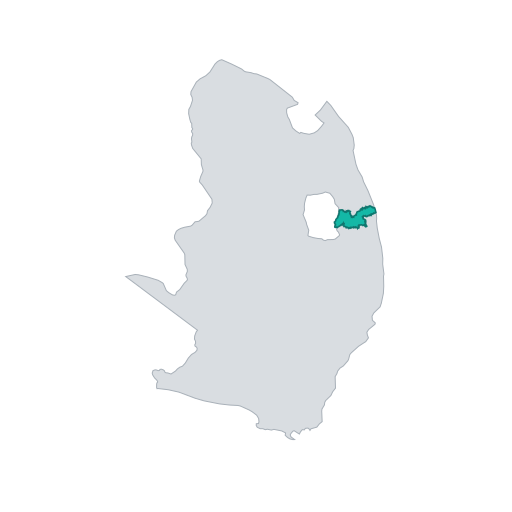 Alfred Nzo, Eastern Cape, South Africa shown in context, rotated 308°
{"feature_id": "47623444B30321887561170", "entity_name": "Alfred Nzo", "entity_type": "district", "adm_level": 2, "iso_a3": "ZAF", "parent_name": "South Africa", "parent_adm1": "Eastern Cape", "projection": "natural_earth1", "projection_center": [29.551, -30.65], "detail": "fine", "context": "in_parent", "style": "filled", "palette": "teal", "viewbox_px": 512, "rotation_deg": 308, "n_neighbors": 0, "source": "geoboundaries", "source_scale": "gbopen_adm2", "svg_char_len": 9438}
<svg xmlns="http://www.w3.org/2000/svg" viewBox="0 0 512 512"><g transform="rotate(308 256 256)"><path d="M345.5,103.6L356.4,101.9L361.3,102.9L367.2,105.5L372.7,106.4L382.0,105.5L385.2,105.9L387.7,106.8L389.6,108.2L392.2,118.5L394.5,129.6L394.4,133.1L394.8,134.5L397.4,139.2L398.4,142.1L399.9,144.5L403.2,156.3L403.6,158.3L403.5,186.9L402.1,190.3L402.7,194.8L401.1,195.4L391.9,189.7L390.3,189.9L387.7,192.0L385.2,195.4L384.1,198.2L379.4,205.9L379.1,210.8L379.5,215.0L381.0,215.2L382.1,218.2L384.7,223.0L388.9,226.1L392.8,227.4L398.4,227.8L402.7,227.7L402.5,224.5L403.5,215.8L410.8,216.9L421.5,216.6L420.7,222.2L416.8,235.1L414.2,249.5L410.9,256.8L409.1,259.8L403.9,265.1L401.1,266.9L398.9,267.5L389.9,278.2L386.6,283.4L383.6,291.0L380.7,295.1L376.4,304.0L368.8,317.1L362.5,325.7L359.7,328.1L357.8,329.3L352.7,334.3L345.7,342.3L340.3,349.4L332.2,357.4L327.5,360.9L320.6,367.9L318.6,368.9L310.8,375.3L305.1,379.3L296.0,383.8L292.3,385.1L283.6,383.9L280.0,384.5L277.0,387.3L276.7,391.2L275.5,391.8L267.5,390.0L264.2,390.3L262.3,392.4L260.7,395.0L256.2,395.2L248.0,392.4L238.4,390.7L236.1,390.6L231.5,392.6L229.9,392.9L223.1,392.5L219.3,391.2L215.7,391.2L213.0,392.2L209.7,392.6L200.8,400.0L196.2,400.0L192.2,400.9L185.0,399.9L182.9,400.3L180.8,401.6L176.0,402.2L174.2,403.3L166.2,410.1L162.8,409.3L158.6,409.3L153.7,405.7L151.8,405.9L152.3,404.8L152.4,402.9L150.6,401.0L148.7,401.1L147.7,399.4L144.8,399.3L142.4,399.8L141.8,393.6L140.6,392.9L137.7,392.8L136.3,393.0L135.7,393.6L135.0,395.0L135.1,399.4L134.0,398.1L132.8,395.5L132.4,392.7L132.7,389.4L134.8,388.2L134.0,384.0L130.4,376.8L128.3,375.3L126.5,371.6L124.9,370.3L124.1,367.7L122.5,365.6L121.8,362.4L122.6,360.5L124.0,359.5L125.5,361.1L127.2,360.4L129.6,358.1L131.0,354.5L130.9,348.8L130.4,345.2L128.1,335.9L127.1,333.8L122.4,327.1L117.0,318.3L109.9,304.3L106.5,295.8L101.2,278.9L96.6,269.2L91.2,260.3L90.5,259.7L91.2,258.6L94.0,256.5L95.2,256.0L95.9,256.2L96.6,255.7L97.1,254.3L97.5,251.1L98.7,247.8L99.8,246.3L102.3,245.4L104.2,246.6L105.0,247.9L105.4,249.5L106.3,250.3L107.6,250.2L108.6,251.2L109.2,253.2L109.1,254.7L108.4,255.6L108.5,256.9L109.5,258.4L110.7,261.7L115.8,263.4L118.6,263.6L121.4,264.4L123.9,265.9L128.1,266.2L133.9,265.5L138.7,265.8L142.5,267.3L145.3,267.5L146.9,266.6L147.6,265.3L147.4,263.6L148.2,262.5L150.1,262.1L151.6,260.8L152.7,258.6L155.3,256.9L159.4,255.6L161.5,255.6L159.6,166.0L167.1,172.2L168.9,175.1L172.7,183.5L176.6,193.8L177.3,198.8L177.2,199.9L173.5,206.7L173.4,210.0L173.9,214.0L174.8,215.9L176.0,216.6L178.6,215.6L182.6,216.6L190.4,216.2L194.3,216.7L195.3,216.4L196.1,215.5L197.1,213.2L198.0,212.4L201.6,211.4L203.2,210.0L205.6,205.3L213.2,199.1L214.1,197.6L218.7,182.6L220.1,180.5L222.3,179.1L226.5,178.0L229.0,178.6L231.7,179.9L234.8,182.1L239.3,186.1L240.9,186.7L245.4,186.9L248.2,189.6L256.7,191.4L259.2,191.3L261.8,189.9L266.1,189.9L270.8,188.9L273.6,186.3L278.9,169.9L279.5,166.3L280.1,165.3L284.6,163.5L290.0,162.1L291.1,161.3L294.4,156.7L298.8,153.0L301.8,139.9L303.8,136.8L305.1,135.5L305.9,135.5L307.0,134.7L308.5,133.1L310.2,132.1L312.2,131.7L313.6,130.6L314.1,128.9L315.2,128.0L316.7,128.1L317.5,127.5L317.7,126.4L321.0,123.6L321.1,122.4L323.0,119.7L326.7,115.3L330.2,112.8L333.5,112.3L339.6,110.1L341.7,108.0L343.1,105.2L345.5,103.6ZM335.7,296.5L341.1,294.3L345.0,291.4L345.9,286.1L348.9,282.8L350.0,279.8L350.9,275.6L349.1,271.2L346.6,269.9L342.1,266.1L340.1,263.6L337.4,261.4L335.5,258.8L332.4,259.6L327.6,261.7L324.6,263.7L322.1,265.9L317.6,267.6L313.5,274.8L312.1,276.4L308.8,281.7L304.1,284.3L304.0,285.2L305.6,289.5L307.8,293.8L310.1,297.3L310.0,299.4L310.8,301.1L312.9,302.3L316.4,306.6L318.1,308.0L323.4,309.1L324.2,308.8L325.6,306.2L325.8,304.4L329.4,298.7L330.9,297.0L335.7,296.5Z" fill="#d9dde1" stroke="#a8b0b8" stroke-width="1"/><path d="M354.7,309.4L353.6,309.0L353.3,308.5L352.4,308.6L351.9,309.0L351.1,309.0L350.8,309.3L350.5,309.2L350.0,309.8L349.5,309.1L348.6,309.0L348.3,308.6L347.2,308.5L347.0,308.9L346.7,309.1L346.6,308.7L346.8,308.5L346.5,308.6L346.4,308.4L345.8,308.2L346.0,307.9L345.4,307.5L346.6,306.9L346.4,306.5L346.1,306.9L346.0,306.4L345.9,306.4L346.1,305.9L346.6,306.0L347.0,304.7L347.0,304.0L347.4,303.7L347.6,303.8L347.6,303.4L347.8,303.3L348.7,303.1L348.6,302.6L349.2,302.7L349.0,302.0L348.9,301.8L349.1,301.2L348.3,300.2L347.8,299.9L347.7,300.0L348.2,300.8L347.7,300.9L347.6,300.7L346.2,300.2L346.3,300.1L346.2,300.0L346.3,299.8L346.1,299.9L346.1,299.7L345.8,299.8L345.6,299.2L345.7,298.9L345.7,298.7L345.5,298.4L345.3,298.5L345.3,298.2L345.5,298.1L345.3,298.1L345.1,297.7L345.5,297.3L345.3,297.2L345.5,297.1L345.4,296.6L345.5,296.4L345.4,296.2L345.5,296.1L345.3,296.0L345.5,296.0L345.5,295.8L345.3,295.8L345.2,295.3L344.9,294.8L344.4,294.5L344.0,293.7L343.4,293.5L343.0,293.7L342.8,294.2L342.4,294.2L342.2,294.4L341.9,294.3L341.8,294.6L341.1,295.0L340.2,295.3L340.2,295.6L339.0,295.9L338.9,296.1L338.0,296.0L337.8,296.2L337.6,296.2L337.1,296.5L336.9,296.4L336.4,296.8L335.8,296.6L335.4,296.7L334.1,296.4L333.0,297.1L332.7,297.0L332.1,297.3L331.0,296.9L330.7,297.5L330.3,297.5L330.0,298.6L330.0,299.1L329.7,299.1L329.3,299.3L329.1,299.7L328.3,299.6L327.8,299.8L327.2,300.5L327.4,300.9L328.2,301.3L328.1,301.7L328.5,302.0L328.4,302.5L329.0,302.5L329.9,303.1L330.8,303.3L330.9,303.2L331.4,303.6L331.8,303.6L332.0,303.8L332.7,303.7L333.1,304.0L333.2,304.3L333.3,304.6L333.2,304.9L333.7,304.9L333.9,304.4L334.6,304.1L334.8,304.5L335.1,304.6L335.2,304.8L335.3,304.7L335.4,304.9L335.6,304.9L335.6,305.1L335.5,305.3L335.2,305.4L335.5,305.0L334.8,305.3L335.0,305.4L334.5,305.5L334.4,305.9L334.6,306.0L334.3,306.1L334.1,306.6L334.0,306.8L333.6,306.8L333.3,307.2L333.9,307.8L334.1,308.5L334.3,308.6L334.2,308.8L334.3,309.1L334.2,309.3L334.4,309.5L333.9,309.6L334.2,310.0L334.1,310.3L334.3,310.5L334.9,310.8L335.1,311.2L335.0,311.3L335.3,311.7L335.2,311.8L335.6,311.8L336.1,312.4L336.2,312.7L336.3,312.7L336.1,312.8L336.3,312.9L336.1,313.1L336.4,313.2L336.4,313.4L336.8,313.3L336.6,313.7L336.7,313.8L336.9,313.8L336.9,313.6L337.7,314.0L337.8,314.3L337.9,314.6L338.1,314.4L338.2,314.5L338.3,315.1L338.5,314.9L339.0,315.0L338.9,315.2L338.9,315.5L339.1,315.5L339.3,315.7L339.3,315.9L339.5,316.0L339.3,316.7L339.6,316.7L339.7,316.9L339.6,316.5L339.8,316.4L340.4,316.6L340.4,316.9L340.4,317.0L340.1,316.9L340.1,317.1L340.3,317.6L340.5,317.6L340.6,317.9L340.5,318.1L340.9,318.7L340.5,318.6L340.6,319.0L340.3,318.8L340.1,319.1L340.5,319.1L341.2,319.7L341.5,319.4L341.3,319.2L341.5,319.1L341.7,319.6L341.8,319.6L341.9,319.3L341.8,319.1L342.0,318.9L342.1,319.1L342.3,319.2L342.1,319.5L342.4,319.3L342.7,319.1L342.7,318.4L343.0,318.5L343.2,318.2L343.4,318.3L343.4,317.9L343.5,317.9L343.9,318.0L344.0,318.3L344.4,318.7L344.3,318.8L344.5,319.1L345.0,319.4L345.2,319.8L345.5,319.8L345.7,320.0L345.9,321.2L345.8,321.5L346.5,321.9L347.1,321.8L347.2,322.0L347.2,322.3L346.9,322.4L346.8,322.8L347.2,322.4L347.0,323.1L346.7,322.9L346.6,323.3L346.5,324.1L346.9,324.2L346.9,324.5L347.2,325.0L347.6,325.1L347.8,324.8L347.5,324.6L347.8,324.3L347.9,323.9L348.1,323.5L348.1,323.2L347.9,322.9L348.0,322.6L348.4,323.1L348.7,323.1L348.7,322.7L348.8,322.3L349.1,322.3L349.4,322.1L349.5,321.7L349.9,321.9L350.2,321.6L350.6,321.4L350.5,321.2L350.1,321.1L350.1,320.9L350.5,320.9L350.8,320.7L350.7,320.5L351.0,320.5L351.3,320.0L351.3,320.3L351.5,320.1L351.7,320.4L351.8,320.3L351.8,319.7L351.3,319.7L351.2,319.9L351.7,319.0L351.6,318.8L351.6,318.3L351.4,318.3L351.2,317.9L351.4,317.8L351.4,317.5L351.7,317.4L351.8,317.0L352.1,317.0L352.3,316.8L352.3,316.6L352.2,316.1L352.5,315.7L352.6,315.8L352.8,315.8L352.7,316.0L352.9,316.1L353.0,315.9L353.3,316.1L353.7,316.0L353.6,316.3L353.7,316.2L353.8,316.4L354.2,316.5L354.6,316.9L355.3,317.4L355.2,317.6L354.6,317.7L354.8,318.2L354.8,318.7L355.5,318.9L355.6,319.3L356.6,319.3L356.9,319.9L357.1,319.9L357.1,319.6L357.6,319.9L357.9,320.4L357.8,320.5L357.8,320.9L358.0,321.0L358.4,321.1L358.5,321.0L358.3,320.9L358.3,320.7L358.6,320.7L358.7,321.0L358.8,320.7L358.9,320.8L359.0,320.6L359.0,321.0L359.2,321.3L359.4,321.0L359.6,320.9L359.7,321.1L359.9,321.0L360.0,321.3L359.8,321.4L360.3,321.4L360.3,321.5L360.5,321.6L360.4,321.8L360.7,321.9L360.8,321.8L360.9,322.0L361.2,322.2L361.3,321.9L361.3,322.1L361.9,322.2L361.8,322.3L362.1,322.3L362.1,322.5L362.3,322.9L362.5,322.9L363.0,323.1L363.3,323.5L363.5,323.4L364.0,323.8L364.4,323.6L364.5,323.2L365.1,322.5L365.0,322.4L365.4,322.1L365.6,321.9L366.2,321.2L366.2,320.9L366.5,320.6L366.5,320.4L367.0,319.8L366.3,319.0L366.5,318.4L366.0,318.2L365.9,318.3L365.8,318.0L366.0,317.8L365.9,317.5L366.1,317.4L366.2,317.2L365.8,316.9L366.0,315.9L365.7,315.6L365.3,315.4L365.5,315.1L364.6,314.9L364.5,314.7L364.9,314.8L365.0,314.5L364.5,314.5L364.6,314.3L364.3,314.1L363.8,314.0L363.6,314.1L363.5,314.3L363.5,313.9L363.2,314.0L363.3,313.7L363.2,313.5L363.1,313.8L362.6,313.8L362.4,313.7L362.2,313.5L362.4,313.5L362.5,313.0L362.4,313.1L361.7,313.1L361.9,312.7L362.2,312.7L362.0,312.2L361.5,312.2L361.7,312.7L361.2,312.9L361.4,312.2L361.0,312.3L360.8,312.5L360.8,312.3L361.0,312.1L360.9,311.9L360.7,312.0L360.5,311.8L360.1,312.0L360.0,311.4L359.9,311.6L359.7,311.6L359.7,311.4L359.6,311.0L359.4,311.3L359.2,311.2L359.2,310.8L359.4,310.6L359.3,310.4L359.1,310.7L358.7,310.4L358.8,310.7L358.5,310.6L358.5,310.9L358.3,311.0L358.1,310.7L358.1,311.0L357.9,311.1L357.9,310.9L357.7,310.9L357.7,310.7L357.1,310.6L356.9,310.2L356.7,310.1L356.8,310.0L356.6,309.7L356.1,310.1L355.1,310.2L354.9,309.6L354.7,309.4Z" fill="#14b8a6" stroke="#0f766e" stroke-width="1.5"/></g></svg>